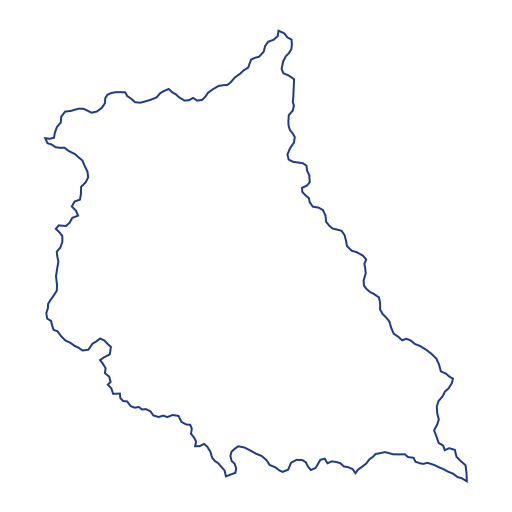 Córrego Danta, Minas Gerais, Brazil (Robinson projection)
{"feature_id": "56859067B84348488266882", "entity_name": "Córrego Danta", "entity_type": "district", "adm_level": 2, "iso_a3": "BRA", "parent_name": "Brazil", "parent_adm1": "Minas Gerais", "projection": "robinson", "projection_center": [-45.977, -19.762], "detail": "fine", "context": "isolated", "style": "outline", "palette": "blue", "viewbox_px": 512, "rotation_deg": 0, "n_neighbors": 0, "source": "geoboundaries", "source_scale": "gbopen_adm2", "svg_char_len": 4070}
<svg xmlns="http://www.w3.org/2000/svg" viewBox="0 0 512 512"><path d="M466.8,481.3L466.5,472.9L465.5,465.2L460.9,461.2L456.5,456.8L454.8,449.8L449.1,448.2L444.8,450.2L443.1,445.5L438.7,443.0L436.4,436.4L434.1,430.3L437.2,424.5L438.8,419.5L437.2,413.2L436.8,406.5L438.5,401.1L442.6,396.3L445.0,391.5L448.4,388.6L451.9,383.1L452.9,378.6L449.5,376.7L445.9,373.6L440.8,371.3L439.1,364.7L436.3,358.5L431.5,353.9L425.8,349.5L420.1,346.0L414.9,344.0L410.5,340.3L406.1,338.8L402.1,340.3L398.4,336.9L393.7,333.7L391.1,327.6L389.4,321.5L386.0,317.3L382.8,314.2L380.1,309.6L380.1,303.0L379.0,297.5L374.4,294.3L370.1,292.0L366.6,289.1L364.0,285.7L363.6,280.5L365.7,273.4L365.2,268.0L364.4,263.9L366.2,259.5L362.7,255.5L356.7,252.2L351.6,250.7L347.0,246.1L346.0,240.7L344.6,235.2L341.6,230.8L336.6,229.5L332.6,228.5L329.3,225.8L326.1,221.7L325.5,215.6L322.9,210.1L318.6,207.6L312.9,206.7L309.7,202.3L308.9,198.1L305.5,195.3L302.4,192.1L302.0,187.8L306.9,185.6L309.7,182.3L309.3,175.3L307.1,170.8L306.5,165.7L302.8,163.2L298.1,162.5L293.3,161.9L288.7,159.6L287.4,154.5L290.1,148.2L293.9,142.7L294.8,137.1L292.8,133.6L289.9,130.1L288.5,125.2L288.4,120.8L288.8,115.2L292.8,110.5L293.9,105.7L292.8,101.6L293.3,97.2L293.5,91.7L293.9,83.8L294.1,79.2L288.5,75.4L283.5,73.3L281.6,69.2L283.2,61.2L286.0,56.0L288.9,53.2L291.3,49.2L291.9,44.5L291.5,39.6L287.4,37.4L284.2,33.3L278.5,30.7L277.7,36.2L273.3,39.9L268.2,41.7L265.1,46.1L263.7,51.7L259.1,56.7L254.7,57.9L251.2,59.5L249.7,63.3L248.2,67.6L243.9,70.2L240.0,73.8L234.8,77.5L230.6,82.4L227.5,84.9L223.6,85.2L218.6,85.9L213.1,89.1L207.9,92.9L205.3,96.8L202.1,99.9L197.1,100.6L193.1,97.9L189.1,100.2L184.6,100.6L178.9,97.2L175.9,94.3L172.5,92.5L168.7,89.0L164.6,90.7L160.3,93.1L156.6,97.4L150.4,99.9L144.5,101.6L140.3,102.7L135.0,102.2L131.0,98.6L127.3,96.1L125.1,92.3L120.6,92.2L115.7,92.2L111.1,93.1L107.4,94.8L105.2,98.3L105.0,103.1L101.8,107.9L96.7,111.6L91.4,112.7L87.4,110.6L83.8,108.9L79.1,108.6L75.3,109.6L70.9,110.9L65.1,111.6L61.3,116.6L60.7,122.7L57.0,126.9L54.8,132.9L54.0,137.7L49.6,138.8L45.2,138.2L47.5,143.2L51.6,144.5L55.8,147.3L60.5,147.8L64.5,147.7L68.0,150.5L71.3,152.3L75.0,154.1L78.3,157.1L82.4,160.5L84.4,165.4L87.4,171.5L88.2,177.3L85.8,182.1L81.1,186.9L80.9,194.2L80.0,199.6L74.6,201.5L71.8,206.5L75.9,210.6L78.1,215.6L72.2,217.9L69.7,222.7L65.9,226.0L58.8,225.4L55.8,228.8L59.5,232.4L62.3,236.0L62.4,241.7L60.4,247.5L56.8,251.6L57.2,255.9L58.4,261.6L57.2,268.4L56.0,276.3L57.0,285.0L56.8,290.7L53.6,295.7L50.4,300.1L48.1,303.9L47.9,308.2L46.3,313.0L47.1,318.5L51.1,321.0L52.1,325.5L53.6,329.9L57.4,331.2L61.0,336.0L65.4,340.5L70.2,342.7L74.5,345.8L78.7,347.8L82.5,350.5L88.4,349.7L92.5,343.7L96.2,341.5L100.1,338.5L104.4,340.5L107.9,344.2L110.9,346.9L109.8,354.4L103.9,357.4L100.1,360.1L102.8,363.6L105.6,368.3L104.9,373.1L109.2,376.7L110.6,381.9L107.8,384.7L111.3,388.3L113.1,393.8L119.9,393.6L120.3,398.1L123.2,401.1L127.1,401.4L130.7,406.1L134.8,407.7L138.8,407.0L142.0,409.5L145.9,409.1L150.4,411.3L153.4,415.5L158.7,417.0L163.4,415.6L167.2,417.1L172.6,415.0L178.5,415.9L181.5,421.9L186.2,424.5L190.2,424.8L191.8,428.7L191.0,433.8L194.2,437.7L196.1,441.6L195.1,446.2L199.6,446.2L204.0,443.9L207.2,446.6L210.3,451.6L212.2,457.8L215.0,461.1L218.2,463.2L221.9,467.5L224.6,470.5L225.9,476.4L230.5,474.6L235.4,472.8L236.2,468.4L234.6,463.7L231.6,461.0L230.4,455.9L231.5,451.7L234.6,448.9L238.3,446.3L244.5,447.5L251.4,451.1L256.0,453.7L261.7,456.0L266.4,460.0L269.6,464.9L275.5,467.4L279.2,470.3L282.6,471.9L288.1,469.7L291.1,462.7L296.6,459.8L302.4,460.1L305.9,462.3L307.9,466.4L310.8,470.0L315.6,468.0L317.8,464.2L320.4,459.8L324.7,458.7L327.5,463.3L331.6,461.4L335.9,461.9L340.3,463.2L343.9,466.5L347.9,467.1L352.6,469.1L355.5,473.2L357.9,469.7L361.6,467.1L366.2,463.6L369.5,459.2L372.6,457.1L375.6,454.0L380.0,453.2L384.9,452.1L389.3,453.2L393.0,454.3L399.7,454.4L404.9,454.3L408.0,457.1L413.6,457.8L415.4,461.7L419.7,463.2L423.2,463.9L427.4,462.8L430.9,463.9L434.7,465.2L438.1,466.9L443.1,469.0L447.9,471.6L453.1,473.7L457.5,477.1L461.5,478.1L466.8,481.3Z" fill="none" stroke="#1e3a8a" stroke-width="2"/></svg>